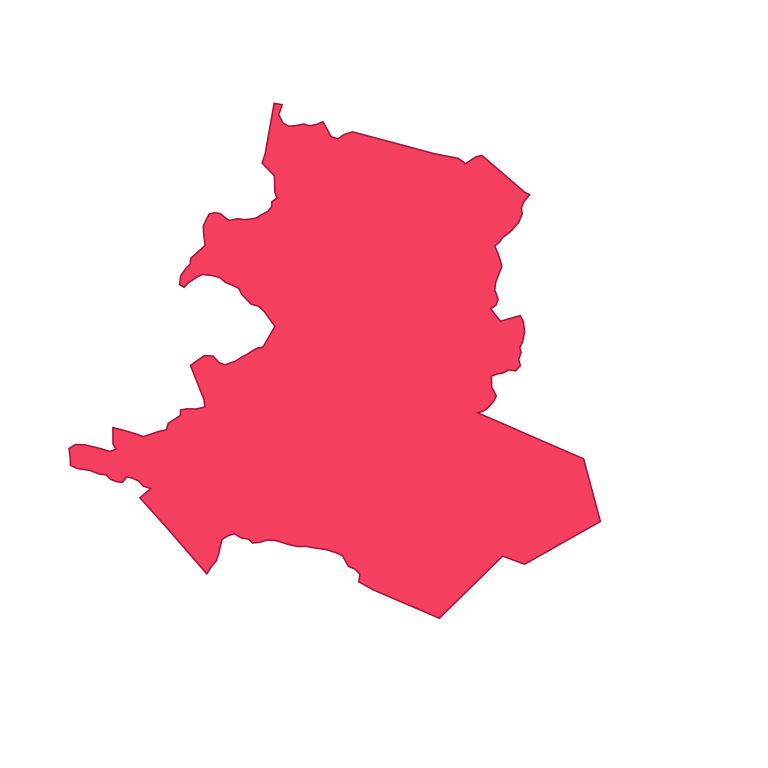 outline of Farias Brito, Ceará, Brazil, rotated 26°
{"feature_id": "56859067B39946839588909", "entity_name": "Farias Brito", "entity_type": "district", "adm_level": 2, "iso_a3": "BRA", "parent_name": "Brazil", "parent_adm1": "Ceará", "projection": "mercator", "projection_center": [-39.584, -6.906], "detail": "fine", "context": "isolated", "style": "filled", "palette": "rose", "viewbox_px": 768, "rotation_deg": 26, "n_neighbors": 0, "source": "geoboundaries", "source_scale": "gbopen_adm2", "svg_char_len": 2510}
<svg xmlns="http://www.w3.org/2000/svg" viewBox="0 0 768 768"><g transform="rotate(26 384 384)"><path d="M129.2,580.2L134.5,588.2L137.8,594.6L145.6,594.4L157.6,590.6L167.8,589.8L173.9,587.6L180.1,589.5L185.5,589.2L191.8,587.3L193.5,580.2L199.4,578.9L206.2,578.8L212.3,581.4L220.1,580.2L214.5,593.3L253.9,609.3L308.0,632.4L308.8,624.5L310.8,616.7L309.9,608.7L308.3,603.1L306.6,594.7L310.0,589.2L315.3,584.1L323.4,585.0L330.2,582.8L335.7,584.5L341.3,581.1L347.5,575.5L354.7,572.4L360.4,571.3L367.9,570.3L377.9,567.9L385.0,564.2L394.0,561.6L404.8,558.2L415.5,556.6L422.2,556.6L426.7,559.9L432.0,563.6L439.2,563.1L445.8,565.6L448.0,572.9L464.1,573.8L536.4,570.3L566.1,486.7L589.3,484.4L595.2,475.9L631.3,423.5L638.8,412.7L613.6,383.7L596.3,363.8L534.5,366.5L520.9,367.0L481.0,368.8L485.5,364.5L488.0,359.5L490.2,351.3L490.2,345.4L482.3,339.8L477.1,329.8L481.2,325.6L486.4,321.7L490.0,316.6L496.4,314.6L498.6,307.8L494.4,303.0L493.3,295.4L490.0,291.6L490.2,285.6L487.7,275.8L481.9,266.8L476.5,262.7L466.9,271.3L461.2,276.5L451.9,272.1L446.9,269.5L450.1,264.2L449.6,258.0L442.4,250.9L439.8,243.6L439.0,233.8L438.4,226.7L434.8,222.4L428.7,216.2L423.0,211.4L425.6,205.8L426.4,200.4L429.0,195.4L431.4,190.3L434.2,179.5L433.7,170.5L430.1,165.2L430.0,157.7L432.0,150.0L426.4,150.0L371.8,135.6L367.3,139.2L360.6,150.2L351.9,148.6L327.9,155.0L245.3,171.1L238.9,177.1L235.0,183.8L228.0,184.9L221.0,179.7L214.2,175.0L209.8,180.1L203.7,184.7L198.0,185.5L191.2,190.6L185.3,194.0L178.7,193.7L171.4,188.1L170.1,177.6L162.2,179.9L176.4,229.8L177.6,238.9L186.5,242.1L194.1,244.8L198.2,252.6L201.9,259.6L206.4,263.9L203.3,269.2L205.3,274.0L203.9,279.7L199.6,285.6L196.3,290.9L191.6,294.3L186.5,297.5L180.1,299.5L173.1,304.8L167.8,304.0L161.9,302.6L156.6,304.4L152.4,307.6L152.1,313.0L152.3,321.3L155.5,327.1L162.4,338.0L158.5,347.6L155.2,355.8L157.2,361.2L155.2,367.0L153.8,375.5L156.6,384.3L161.9,384.8L163.6,379.1L168.9,370.2L172.8,365.1L182.4,361.8L189.8,360.3L196.9,362.2L205.3,361.7L211.4,361.7L217.0,365.9L229.8,370.5L237.1,369.0L245.3,371.7L252.3,375.5L260.7,380.1L259.5,397.3L259.0,404.0L254.5,407.1L250.7,412.5L247.8,417.5L244.8,421.5L240.3,428.8L232.7,436.4L226.6,437.2L218.2,433.8L210.1,437.2L205.6,445.4L201.9,452.2L229.3,477.2L233.0,483.3L225.9,488.9L217.6,492.8L212.5,496.5L214.8,501.6L207.3,513.9L208.4,520.7L202.1,525.6L190.7,536.8L182.4,537.7L170.8,539.6L159.4,542.0L166.6,556.6L171.7,560.0L167.2,564.7L156.6,566.5L141.5,569.8L133.0,573.8L129.2,580.2Z" fill="#f43f5e" stroke="#9f1239" stroke-width="1.5"/></g></svg>